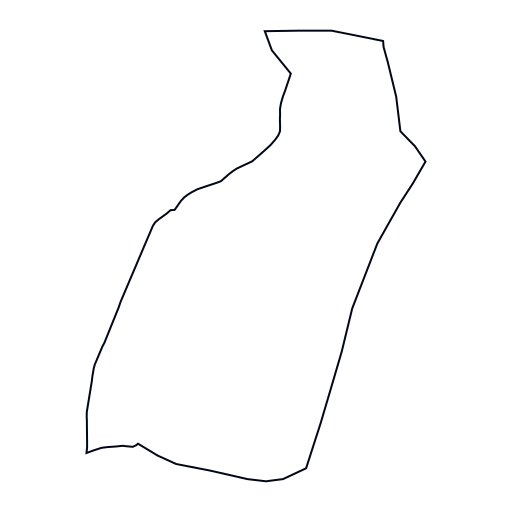 outline of Grande Riviere/Norbert, Gros Islet, Saint Lucia
{"feature_id": "8701671B47647917387752", "entity_name": "Grande Riviere/Norbert", "entity_type": "district", "adm_level": 2, "iso_a3": "LCA", "parent_name": "Saint Lucia", "parent_adm1": "Gros Islet", "projection": "albers", "projection_center": [-60.95, 14.044], "detail": "fine", "context": "isolated", "style": "outline", "palette": "ink", "viewbox_px": 512, "rotation_deg": 0, "n_neighbors": 0, "source": "geoboundaries", "source_scale": "gbopen_adm2", "svg_char_len": 1252}
<svg xmlns="http://www.w3.org/2000/svg" viewBox="0 0 512 512"><path d="M264.8,31.2L271.9,50.4L290.8,73.6L288.7,80.0L286.9,85.3L285.1,90.7L283.0,96.3L281.0,103.1L280.0,109.0L280.1,114.3L279.9,119.3L280.1,126.1L280.0,131.3L278.2,135.5L275.1,139.8L270.3,145.3L262.2,152.6L252.2,161.3L237.1,168.4L232.9,171.1L228.6,174.4L220.9,181.2L216.4,182.9L207.3,185.9L197.5,189.2L191.4,192.4L187.4,194.9L184.2,197.4L181.0,200.8L174.6,209.9L170.5,210.2L167.0,213.3L158.6,219.4L155.1,222.4L152.8,226.0L151.4,229.4L147.4,238.7L120.6,301.8L118.6,307.6L104.3,343.0L102.5,346.3L94.8,364.5L93.6,369.0L93.2,371.7L92.4,376.2L91.8,381.3L86.8,411.9L86.7,416.8L86.9,421.1L86.9,425.4L87.1,441.3L87.1,447.1L86.5,453.0L93.9,450.3L101.6,447.8L107.3,447.1L115.8,446.5L122.7,445.8L126.1,446.2L131.5,446.7L132.9,446.8L134.9,445.8L136.1,445.3L138.0,443.7L151.6,451.9L157.3,455.4L176.1,464.0L209.7,470.5L220.6,473.0L247.4,479.1L261.8,480.8L266.2,481.3L269.7,480.8L283.0,479.1L306.1,468.3L314.5,442.2L320.7,423.0L330.4,390.2L341.7,351.7L352.2,308.5L377.3,243.6L385.5,229.0L400.4,202.6L413.0,183.2L417.7,175.0L425.5,161.6L416.8,148.9L415.1,146.4L400.4,131.3L396.2,96.7L387.8,62.2L383.6,47.1L383.1,41.0L331.7,30.7L296.9,30.7L264.8,31.2Z" fill="none" stroke="#020617" stroke-width="2"/></svg>